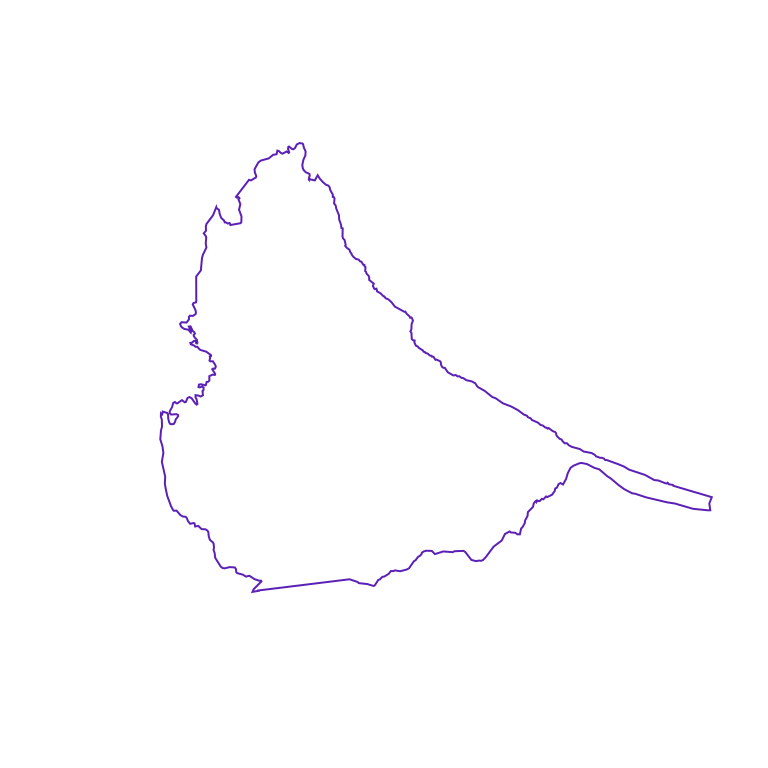 Ludewa, Njombe, United Republic of Tanzania (Natural Earth projection), rotated 154°
{"feature_id": "72390352B43391507115191", "entity_name": "Ludewa", "entity_type": "district", "adm_level": 2, "iso_a3": "TZA", "parent_name": "United Republic of Tanzania", "parent_adm1": "Njombe", "projection": "natural_earth1", "projection_center": [34.61, -10.023], "detail": "fine", "context": "isolated", "style": "outline", "palette": "violet", "viewbox_px": 768, "rotation_deg": 154, "n_neighbors": 0, "source": "geoboundaries", "source_scale": "gbopen_adm2", "svg_char_len": 6166}
<svg xmlns="http://www.w3.org/2000/svg" viewBox="0 0 768 768"><g transform="rotate(154 384 384)"><path d="M139.0,138.6L168.6,165.7L168.7,166.8L171.7,168.8L172.4,170.9L173.3,170.5L174.8,171.6L179.7,177.0L183.2,179.2L189.3,187.9L201.3,199.6L204.5,204.6L208.5,209.1L217.0,217.9L218.5,218.7L219.1,220.7L220.4,222.1L222.1,222.9L225.1,226.0L225.6,227.9L227.6,230.9L234.2,235.8L236.5,239.7L242.8,245.2L244.8,248.0L245.5,250.5L247.6,251.5L248.6,254.4L248.7,256.2L250.0,257.5L251.2,260.5L251.5,262.5L250.9,264.2L251.3,265.9L253.0,267.7L255.4,272.3L256.6,272.2L257.0,273.5L258.1,274.1L259.5,277.1L261.3,278.6L262.5,281.7L266.9,286.9L267.2,288.8L269.3,291.2L269.4,292.8L271.7,295.2L274.9,301.5L279.6,308.1L285.6,314.5L289.8,322.1L292.4,324.9L296.6,333.8L301.1,340.3L301.7,344.7L304.1,348.0L308.4,351.4L310.1,354.5L311.7,355.6L312.9,358.0L314.6,358.6L315.5,360.6L317.9,361.3L321.5,366.5L322.3,371.9L323.6,372.6L324.3,373.9L324.3,376.6L323.4,378.5L323.6,379.8L326.0,382.9L327.2,383.2L327.6,386.8L328.9,387.6L328.9,388.5L330.4,389.6L331.4,392.2L333.1,393.7L333.1,394.6L334.3,395.7L334.3,397.0L336.9,401.3L337.2,402.8L338.5,404.4L338.5,408.0L337.4,409.6L338.9,410.8L339.3,412.3L336.9,418.0L337.2,419.7L335.4,421.2L333.1,425.5L330.2,428.3L330.0,431.2L330.2,431.8L331.5,432.1L331.4,433.6L332.9,437.3L333.1,439.7L334.1,440.0L340.3,448.8L341.4,454.2L343.0,458.2L345.0,460.4L345.3,462.6L346.0,463.0L347.3,466.9L349.6,470.3L349.0,473.0L350.8,473.4L351.0,474.0L351.0,477.0L349.2,478.6L351.7,484.1L350.7,485.9L350.4,487.9L351.3,490.9L351.0,492.7L351.4,493.8L349.4,497.1L349.9,498.2L349.4,499.7L350.4,500.4L350.7,503.9L351.7,504.6L352.3,507.0L354.4,508.6L355.9,512.1L356.3,514.7L356.0,515.6L356.5,516.9L356.2,519.9L357.8,522.8L358.3,525.2L357.5,525.7L356.3,530.6L357.0,532.8L356.6,534.8L352.9,542.0L353.9,543.0L352.8,545.9L352.2,551.4L350.5,555.5L350.0,562.8L349.2,565.4L349.7,568.2L347.1,572.5L347.2,574.1L348.0,574.6L347.0,576.6L347.3,581.7L346.6,584.9L347.1,586.8L348.8,588.5L350.4,592.2L351.7,596.8L352.1,600.7L356.9,597.3L361.0,600.6L361.4,600.3L361.3,600.8L361.8,600.7L361.6,599.8L361.9,600.4L361.6,601.1L361.0,600.9L361.0,602.3L359.4,603.8L358.9,605.5L361.4,608.5L362.4,611.2L362.4,613.5L361.4,616.7L358.2,620.8L354.5,623.9L352.5,627.4L352.4,631.4L351.6,635.1L351.9,635.9L354.3,637.6L357.4,637.5L360.6,635.1L362.5,634.7L363.5,635.3L365.3,639.1L366.1,639.0L367.2,637.4L367.6,633.9L368.4,633.5L369.6,635.7L374.3,635.5L375.5,637.0L376.3,639.3L377.5,640.5L379.9,637.6L383.1,638.6L388.8,637.3L396.7,638.8L399.7,638.3L406.2,633.8L407.3,630.9L407.7,626.7L408.6,625.8L414.3,625.3L415.8,626.7L435.0,617.1L434.6,616.1L432.8,615.7L432.5,614.3L433.8,613.9L434.3,608.6L437.9,604.2L438.6,597.2L441.1,592.3L442.4,591.4L452.3,594.2L452.2,596.4L454.1,596.7L455.5,598.9L456.3,599.1L456.1,601.1L457.5,604.6L457.2,608.5L456.0,612.9L457.4,615.5L457.2,616.5L463.7,610.6L473.5,605.6L475.2,603.5L476.7,599.9L480.0,598.4L479.3,594.8L479.6,593.5L482.6,588.5L483.8,584.5L489.8,579.8L492.3,577.1L498.8,566.4L505.7,562.9L516.3,541.0L517.2,539.8L519.7,540.3L521.0,539.4L521.1,532.8L521.7,530.7L522.7,529.4L526.0,529.0L528.5,530.5L529.9,529.9L531.0,527.6L534.5,525.8L539.0,528.3L541.0,527.3L541.2,524.8L540.5,522.9L539.3,521.0L536.1,518.6L535.1,514.9L534.5,515.6L534.2,521.2L532.6,520.6L532.7,515.5L531.8,513.7L531.9,512.1L533.5,511.6L533.9,510.8L533.7,508.5L532.8,505.8L533.7,502.7L534.4,502.4L534.9,503.0L534.5,505.3L535.9,506.1L538.3,505.3L540.0,505.8L540.2,504.3L537.8,501.8L537.1,500.1L535.4,499.2L534.6,495.9L533.5,494.5L529.6,491.0L526.8,485.7L527.3,484.9L528.5,485.1L528.7,483.9L530.6,481.5L530.2,480.5L527.9,479.5L527.3,475.1L527.6,473.3L529.2,471.9L530.9,472.8L531.9,472.6L531.3,467.0L532.0,466.3L534.1,467.6L537.6,467.6L539.4,463.7L541.0,463.1L542.5,463.6L544.5,461.2L545.3,461.2L548.5,464.0L550.6,464.6L552.1,462.5L550.8,461.6L548.6,461.5L547.7,459.9L549.0,457.6L550.2,457.3L551.7,453.2L554.2,453.1L555.9,455.0L558.3,456.6L559.2,454.7L559.2,452.4L560.4,447.9L561.4,447.6L562.2,449.4L563.1,455.5L564.5,457.5L566.7,457.6L570.0,454.7L571.1,454.9L572.7,458.1L578.1,457.2L579.0,457.6L579.8,459.5L581.9,459.3L584.4,456.3L588.5,453.4L589.4,451.7L588.8,449.9L583.9,447.9L582.7,446.6L583.1,445.3L587.0,443.3L588.3,441.6L590.7,440.2L593.6,441.6L593.9,443.7L593.1,447.5L591.5,451.2L591.5,453.0L595.0,456.2L596.8,453.7L597.3,453.9L597.5,455.0L598.8,452.7L599.3,449.4L602.2,443.0L604.8,440.0L609.3,432.4L610.4,425.3L612.5,418.8L617.8,411.4L621.3,396.6L624.7,390.4L626.3,384.8L627.9,378.3L629.0,367.3L628.8,363.0L628.5,362.2L626.0,361.2L624.4,355.3L622.8,353.0L620.5,351.6L620.0,349.7L620.3,346.7L619.5,343.3L616.3,342.6L615.4,341.8L616.2,338.7L613.2,337.9L611.5,333.5L608.1,331.6L607.0,329.7L606.8,327.9L608.3,323.9L608.8,320.2L607.2,316.6L607.2,315.1L608.5,311.5L609.9,309.7L610.3,306.4L611.9,301.8L610.8,291.4L609.6,289.2L607.8,288.1L603.0,287.1L598.5,284.5L598.2,282.5L599.3,279.5L598.7,278.2L594.5,274.6L592.5,271.4L589.1,270.7L585.8,265.2L582.3,261.8L580.7,261.1L580.7,260.3L591.1,256.7L593.3,254.8L587.4,253.1L587.4,253.5L500.6,223.6L494.5,217.6L494.0,216.1L486.7,211.5L481.9,207.0L480.3,207.2L475.1,210.4L473.3,210.2L470.0,211.4L468.1,210.8L462.9,211.3L459.9,212.9L457.6,211.7L455.9,211.7L451.5,208.6L445.0,207.3L442.3,207.4L434.8,211.6L432.8,211.8L429.2,213.7L426.7,213.9L424.9,214.6L424.0,215.7L421.7,216.1L419.0,215.6L414.2,213.0L412.8,208.8L404.1,207.5L395.9,202.7L393.9,202.8L385.6,199.1L384.6,197.3L382.6,187.6L378.9,184.4L376.1,183.7L374.2,182.5L372.1,182.4L368.1,183.9L356.7,189.8L346.8,191.7L341.0,196.2L335.7,196.4L335.1,195.0L331.2,192.7L330.0,190.4L327.8,189.3L324.1,194.0L322.1,194.7L318.4,197.3L317.0,199.5L312.9,202.4L310.8,205.8L304.0,208.2L301.8,211.0L299.9,212.0L298.9,212.2L298.8,211.1L297.4,212.2L297.0,211.4L295.4,210.5L292.5,211.6L291.3,210.5L287.6,211.9L286.9,210.8L281.5,210.8L277.5,213.0L275.9,215.0L274.1,215.0L271.0,217.5L268.8,217.6L267.2,215.2L261.9,218.9L258.0,223.2L253.1,226.9L249.2,227.5L243.0,227.1L241.0,226.4L236.7,223.1L231.6,216.3L227.9,212.9L223.7,203.1L221.5,199.5L217.6,190.6L214.2,184.2L208.9,177.0L206.4,175.3L198.2,167.3L181.5,153.6L175.0,149.1L160.9,136.3L148.1,128.4L146.1,127.5L144.0,134.0L139.0,138.6Z" fill="none" stroke="#5b21b6" stroke-width="2"/></g></svg>